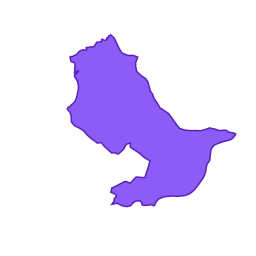 the district of Orang, Hamgyŏng-bukto, North Korea, rotated 222°
{"feature_id": "82179303B20024569416279", "entity_name": "Orang", "entity_type": "district", "adm_level": 2, "iso_a3": "PRK", "parent_name": "North Korea", "parent_adm1": "Hamgyŏng-bukto", "projection": "equal_earth", "projection_center": [129.358, 41.426], "detail": "fine", "context": "isolated", "style": "filled", "palette": "violet", "viewbox_px": 256, "rotation_deg": 222, "n_neighbors": 0, "source": "geoboundaries", "source_scale": "gbopen_adm2", "svg_char_len": 2338}
<svg xmlns="http://www.w3.org/2000/svg" viewBox="0 0 256 256"><g transform="rotate(222 128 128)"><path d="M63.9,184.6L67.4,182.7L68.9,179.7L70.3,177.4L72.4,174.3L75.3,172.0L80.2,167.5L84.5,164.4L89.4,162.2L93.6,162.9L104.1,165.2L107.5,165.9L112.5,165.2L118.1,164.4L122.2,165.9L128.5,167.4L132.7,169.7L136.2,170.5L139.7,172.8L144.5,175.8L148.0,176.5L152.9,175.8L159.2,175.8L163.4,178.8L166.2,181.9L168.2,187.2L172.5,185.6L176.7,181.8L183.0,179.6L189.3,181.8L198.4,185.6L203.3,185.6L203.2,184.6L204.1,183.3L202.9,181.6L204.0,180.7L202.8,179.4L204.2,177.3L205.9,176.9L206.6,176.8L206.8,176.1L205.5,174.1L208.5,171.0L207.8,165.5L210.1,163.2L211.5,161.1L212.8,160.0L212.7,159.4L211.5,159.0L211.1,158.2L211.8,157.1L213.4,156.4L214.9,154.2L215.5,152.3L215.4,148.4L215.4,148.1L216.8,145.3L216.7,144.1L218.7,142.5L218.3,141.7L215.3,139.6L213.9,139.4L212.2,140.5L211.3,140.5L209.5,139.4L204.5,133.0L203.7,136.6L203.0,137.2L202.6,135.7L203.0,132.1L202.7,131.0L201.8,130.3L198.5,129.6L195.2,127.9L192.6,125.7L191.1,124.0L186.8,116.7L185.5,113.3L185.1,110.0L185.7,106.6L185.5,105.2L186.3,103.5L185.8,101.4L181.2,100.8L177.8,98.5L174.3,94.7L169.4,93.9L163.9,95.4L159.0,96.2L154.1,95.5L147.8,95.5L143.6,96.2L140.8,96.2L138.7,98.5L138.0,99.3L133.2,98.5L128.3,98.5L125.5,98.5L123.4,98.5L121.3,100.8L118.5,101.6L117.8,102.4L117.0,109.2L118.4,114.6L116.3,118.4L113.5,115.3L107.9,116.1L103.0,116.9L97.4,116.9L92.6,117.6L89.8,118.4L87.0,113.1L85.0,108.5L83.6,105.4L82.2,102.4L87.1,98.6L89.2,97.0L89.3,94.7L89.3,91.7L89.3,88.6L93.5,87.1L94.9,85.6L95.6,83.3L97.1,79.5L98.5,75.7L99.9,72.6L97.9,68.8L93.0,70.3L90.9,69.6L90.9,66.5L89.5,64.2L88.9,60.4L86.8,63.5L85.4,65.0L81.9,65.8L79.8,66.5L76.3,68.8L74.1,71.9L74.1,75.7L73.4,78.7L70.6,81.8L68.5,81.8L65.7,80.3L63.6,81.8L62.2,83.3L60.1,85.6L58.7,87.1L57.3,87.2L56.4,88.1L57.6,91.4L57.8,94.8L57.5,96.4L56.8,97.6L56.3,99.0L54.2,102.2L48.9,107.8L45.7,110.1L41.5,114.7L40.4,116.2L39.4,117.8L38.2,120.5L37.6,123.7L37.3,127.3L37.5,128.7L37.8,134.0L38.7,140.7L39.4,143.8L41.4,148.1L43.5,151.2L45.1,154.1L45.4,157.5L45.9,159.0L46.8,160.5L48.1,162.0L51.4,166.8L52.4,169.5L52.5,171.3L52.3,173.1L51.8,174.6L49.7,178.8L48.0,181.7L43.9,188.0L43.5,189.5L43.3,191.3L43.6,194.6L43.8,195.6L46.3,194.9L49.8,192.6L54.0,191.8L55.4,190.3L58.3,187.3L61.8,185.7L63.9,184.6Z" fill="#8b5cf6" stroke="#5b21b6" stroke-width="1.5"/></g></svg>